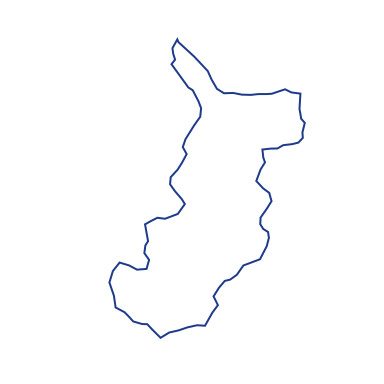 outline of Cheongdo-gun, North Gyeongsang, South Korea, rotated 302°
{"feature_id": "91817680B59018342058044", "entity_name": "Cheongdo-gun", "entity_type": "district", "adm_level": 2, "iso_a3": "KOR", "parent_name": "South Korea", "parent_adm1": "North Gyeongsang", "projection": "mercator", "projection_center": [128.808, 35.699], "detail": "fine", "context": "isolated", "style": "outline", "palette": "blue", "viewbox_px": 384, "rotation_deg": 302, "n_neighbors": 0, "source": "geoboundaries", "source_scale": "gbopen_adm2", "svg_char_len": 1379}
<svg xmlns="http://www.w3.org/2000/svg" viewBox="0 0 384 384"><g transform="rotate(302 192 192)"><path d="M313.6,98.7L303.6,99.2L299.1,103.0L295.3,107.5L289.5,106.9L278.7,133.6L278.7,138.7L272.3,149.5L267.9,155.3L260.2,159.1L249.4,158.5L241.1,158.5L233.4,158.5L225.2,160.4L221.3,167.4L211.8,168.0L203.5,168.0L193.3,166.1L186.9,169.3L183.7,177.0L180.5,187.2L178.0,192.3L165.9,191.6L155.0,183.3L151.8,176.3L145.5,172.5L139.7,169.3L127.0,180.8L121.9,180.8L114.9,184.0L111.7,191.6L102.7,194.2L97.0,186.5L96.4,177.6L93.8,168.0L83.0,166.8L71.5,169.9L62.6,180.8L53.6,188.4L54.3,198.6L52.4,206.3L52.1,207.1L51.1,210.8L53.6,219.7L56.2,224.1L54.3,231.2L51.7,242.6L60.7,247.1L67.7,254.1L74.7,259.8L81.7,266.9L85.5,273.9L100.2,273.2L109.8,273.9L114.9,265.6L125.1,265.6L134.0,266.9L137.8,270.7L145.5,273.9L156.9,274.5L171.0,285.3L185.6,284.1L193.9,281.5L198.4,277.7L198.4,272.0L200.9,266.9L206.7,263.7L217.5,264.3L226.4,264.3L232.2,257.9L232.8,250.3L235.4,240.7L247.5,238.2L255.8,238.2L258.9,234.3L265.3,229.2L270.4,235.6L274.2,241.4L280.0,244.5L285.7,251.6L290.2,256.0L296.6,257.3L301.0,254.1L310.4,251.0L312.0,245.7L315.3,242.9L319.3,239.2L332.9,231.8L329.1,223.5L328.4,216.5L317.6,207.6L314.4,203.1L310.0,196.1L305.5,190.4L301.0,182.7L297.8,174.4L292.7,166.8L292.7,158.5L297.8,148.9L302.9,141.3L308.0,122.1L311.9,101.1L313.6,98.7Z" fill="none" stroke="#1e3a8a" stroke-width="2"/></g></svg>